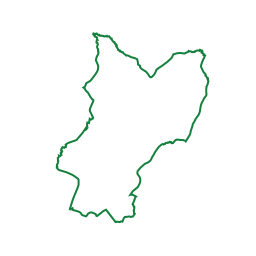 the district of Mueang Buri Ram, Buri Ram, Thailand, rotated 199°
{"feature_id": "78962969B95913891709338", "entity_name": "Mueang Buri Ram", "entity_type": "district", "adm_level": 2, "iso_a3": "THA", "parent_name": "Thailand", "parent_adm1": "Buri Ram", "projection": "natural_earth1", "projection_center": [103.104, 14.948], "detail": "fine", "context": "isolated", "style": "outline", "palette": "green", "viewbox_px": 256, "rotation_deg": 199, "n_neighbors": 0, "source": "geoboundaries", "source_scale": "gbopen_adm2", "svg_char_len": 5712}
<svg xmlns="http://www.w3.org/2000/svg" viewBox="0 0 256 256"><g transform="rotate(199 128 128)"><path d="M156.9,42.6L156.6,32.9L156.4,33.0L156.5,33.3L156.4,33.4L156.3,32.9L156.1,33.1L155.7,32.8L155.7,33.1L154.8,33.3L154.6,33.5L154.3,34.0L153.8,33.2L153.5,33.0L153.2,32.5L150.2,32.8L146.9,32.8L145.3,32.4L144.5,31.9L143.7,31.1L142.8,30.7L141.0,30.8L139.1,30.7L138.6,31.3L137.9,33.9L136.4,35.6L135.7,36.1L134.3,36.4L130.8,36.1L130.2,35.8L129.2,34.6L128.6,34.7L125.9,38.8L124.3,41.4L122.2,43.6L109.1,35.0L108.6,35.4L108.2,35.5L107.9,35.9L106.3,36.1L105.1,36.4L104.1,37.5L102.8,37.6L102.6,41.1L102.0,42.9L100.4,43.5L98.2,44.7L97.3,44.9L96.4,44.8L94.4,46.1L94.3,47.0L93.6,49.1L94.7,49.5L95.0,50.7L95.3,50.9L95.6,51.6L95.6,52.2L95.8,52.3L95.9,52.5L95.9,54.5L96.6,55.1L96.5,55.5L96.9,55.6L97.3,55.9L97.5,56.6L97.9,56.9L98.3,57.0L98.6,57.6L98.8,57.6L98.5,60.7L98.6,60.8L98.4,62.3L98.6,62.4L98.6,63.4L98.3,65.2L98.0,65.8L101.9,66.4L102.6,66.1L103.3,66.1L104.0,65.6L102.9,69.8L99.4,75.5L98.9,79.3L99.1,82.0L100.1,84.3L100.3,84.7L101.5,85.7L104.1,87.7L104.5,88.5L104.9,90.3L103.3,94.5L101.0,98.6L100.1,99.9L98.0,101.8L96.4,104.1L95.9,105.7L95.7,108.7L95.2,110.0L94.5,114.5L92.7,120.2L90.8,123.4L89.8,124.2L89.4,124.3L89.3,124.1L89.0,124.2L88.8,124.1L88.3,124.7L87.9,124.9L87.5,126.2L86.6,126.6L85.8,126.9L85.6,126.8L85.4,126.9L85.3,127.5L84.2,127.9L84.1,128.4L83.2,128.3L83.0,128.7L82.9,128.7L82.8,128.4L82.3,128.5L82.2,128.0L81.9,127.8L80.6,128.4L80.0,129.7L79.5,131.4L78.7,132.5L78.3,132.8L77.9,132.7L77.6,133.0L76.8,133.4L74.8,133.6L72.3,134.5L70.8,134.6L69.5,134.5L69.0,134.2L67.4,141.4L67.3,143.2L67.7,145.8L67.7,150.2L68.0,152.9L67.2,156.0L67.2,157.1L66.9,159.0L66.4,160.4L65.5,163.6L65.4,164.6L65.4,166.7L66.4,172.6L66.5,175.1L65.6,181.4L64.6,184.0L64.6,184.4L64.9,185.7L66.0,188.2L66.7,190.2L67.0,192.1L67.3,192.5L67.0,194.8L67.0,196.3L67.2,197.3L67.1,198.3L67.8,198.9L68.0,199.3L68.1,199.9L68.6,200.1L68.5,200.8L68.8,201.2L69.2,201.0L69.6,201.1L70.5,202.1L71.3,202.6L71.8,202.7L71.8,203.3L72.0,203.9L72.9,204.2L73.3,204.8L74.1,205.0L74.8,205.5L78.4,209.1L79.0,209.9L79.3,211.2L79.4,214.4L79.2,216.7L79.3,217.2L78.8,219.0L78.9,220.0L79.0,220.2L78.7,221.5L80.3,221.6L80.0,222.5L82.5,223.1L82.4,223.6L82.9,223.5L82.9,224.4L83.4,224.3L83.3,225.3L84.6,225.2L85.5,225.3L85.7,224.2L87.0,224.2L87.7,223.9L89.8,222.2L89.7,221.7L90.2,221.6L90.3,221.4L91.2,221.0L91.5,221.0L91.9,220.6L92.2,220.5L93.2,220.9L94.3,220.8L94.5,220.5L95.6,220.2L95.9,220.4L96.0,220.2L96.1,219.3L96.9,218.8L98.4,217.2L99.2,216.7L102.9,216.0L104.6,215.3L106.3,214.4L109.1,212.4L109.5,208.8L110.6,206.5L112.4,203.2L116.4,197.4L119.2,193.8L120.1,192.1L120.2,189.7L120.4,188.2L120.7,186.9L121.7,184.8L122.4,183.7L122.9,183.4L123.6,183.3L124.4,183.7L126.4,185.3L128.5,186.7L129.8,187.2L133.9,188.2L135.8,188.9L136.5,189.6L136.6,190.6L137.1,190.8L137.3,190.9L138.9,191.1L139.2,191.4L140.1,193.4L141.0,195.0L142.0,196.1L144.9,196.3L147.9,196.0L151.4,196.5L152.7,196.4L153.2,195.9L154.5,196.5L156.6,197.1L157.6,198.0L158.6,197.9L158.7,197.7L159.5,197.9L160.0,197.8L160.1,198.1L160.6,198.0L160.7,198.4L161.3,198.4L161.4,198.6L161.5,198.5L162.0,198.4L162.7,198.6L163.0,198.7L163.1,199.3L163.8,200.0L164.7,200.5L164.7,200.8L165.3,201.4L165.7,201.4L165.7,201.9L165.6,202.3L166.5,202.7L166.4,203.2L167.2,203.5L167.5,203.4L167.9,203.5L168.3,204.0L168.3,204.4L169.0,204.8L169.3,204.6L169.6,204.6L171.7,205.9L172.0,206.2L172.2,206.8L172.5,207.1L172.8,206.7L173.5,207.0L174.8,208.0L175.5,208.3L175.7,208.5L175.8,208.4L176.9,207.8L177.4,208.0L177.8,207.8L178.0,208.2L179.2,207.5L179.6,207.1L180.3,206.8L180.5,206.8L180.5,207.0L181.1,207.1L181.5,207.0L181.7,206.8L182.1,206.9L182.6,206.8L183.0,206.8L183.3,206.5L183.8,206.5L184.4,206.1L184.6,206.2L184.8,206.1L185.2,206.4L185.5,206.3L185.6,206.5L185.9,206.2L186.1,206.3L186.3,206.2L186.6,206.5L187.6,206.6L187.8,206.9L188.2,207.1L188.4,206.7L188.8,206.7L189.1,206.4L189.5,206.4L189.6,205.9L189.9,206.0L190.0,205.7L191.4,206.1L191.4,205.7L191.0,205.8L190.8,205.6L190.9,205.0L190.7,204.8L190.4,204.7L190.1,204.6L189.9,204.4L189.8,204.6L189.5,204.5L188.8,203.6L188.4,203.8L186.9,203.5L186.5,203.0L186.2,202.2L186.0,201.8L186.0,201.3L185.7,201.2L186.1,200.9L186.0,200.6L185.9,199.1L185.7,198.6L185.3,198.3L184.6,198.4L183.7,197.3L183.8,195.2L183.4,194.1L183.2,193.8L182.9,193.5L182.5,193.2L182.2,192.8L181.8,192.7L181.7,191.6L181.4,191.1L181.2,191.2L180.9,190.7L180.8,190.0L180.3,189.4L180.3,187.7L180.7,185.8L180.7,183.7L180.4,181.6L176.4,177.1L175.5,173.9L175.5,172.1L175.8,170.1L176.5,167.5L178.0,162.9L178.8,160.7L179.3,159.9L182.0,156.8L182.1,153.1L183.3,151.7L181.7,151.2L180.2,149.7L177.5,148.5L174.5,145.9L173.5,145.0L172.3,144.3L171.3,143.5L170.1,143.4L169.7,142.5L169.6,142.1L170.2,134.2L170.0,132.5L169.3,131.4L164.5,126.6L164.9,125.5L164.5,125.3L165.8,123.8L167.2,124.2L166.5,119.9L168.2,119.9L167.9,118.0L167.0,116.2L167.3,116.2L168.0,113.6L166.8,113.9L167.3,112.6L168.8,111.1L169.1,109.3L172.8,99.8L179.7,94.4L181.2,92.5L181.5,92.0L180.9,91.5L181.0,90.9L180.6,90.3L180.6,89.6L181.5,89.4L181.8,88.5L183.3,88.7L183.5,88.7L183.6,88.1L183.9,88.0L183.9,87.0L184.1,86.8L183.9,86.1L184.1,85.6L183.7,85.4L183.4,84.9L183.2,84.8L183.4,84.6L183.1,84.4L182.9,84.7L182.7,84.6L183.1,83.6L182.7,83.7L182.7,83.3L182.8,82.9L183.3,82.5L183.4,82.2L182.2,80.9L182.7,80.6L182.7,80.2L183.1,79.3L184.2,79.4L184.0,79.1L184.1,77.6L184.6,76.7L184.3,76.3L184.1,75.5L183.7,74.8L183.6,74.7L183.6,74.4L183.1,74.0L183.2,73.2L182.8,71.5L183.3,70.4L183.2,70.0L182.9,69.1L182.3,68.7L182.2,68.1L182.5,68.0L182.4,67.8L182.4,67.4L182.0,67.4L181.9,67.0L181.7,66.9L181.4,66.5L179.6,65.8L171.7,66.1L165.6,65.6L162.9,65.0L158.6,63.6L157.9,63.0L156.4,58.8L156.2,57.9L156.2,54.9L156.9,42.6Z" fill="none" stroke="#15803d" stroke-width="2"/></g></svg>